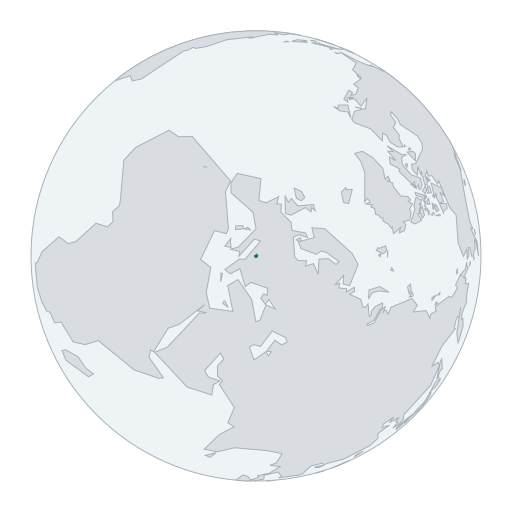 Tuzla on an orthographic globe, rotated 88°
{"feature_id": "BIH-2887", "entity_name": "Tuzla", "entity_type": "Canton", "adm_level": 1, "iso_a3": "BIH", "parent_name": "Bosnia and Herzegovina", "parent_adm1": "", "projection": "orthographic", "projection_center": [18.577, 44.534], "detail": "fine", "context": "on_globe", "style": "filled", "palette": "green", "viewbox_px": 512, "rotation_deg": 88, "n_neighbors": 0, "source": "natural_earth", "source_scale": "10m", "svg_char_len": 11136}
<svg xmlns="http://www.w3.org/2000/svg" viewBox="0 0 512 512"><g transform="rotate(88 256 256)"><circle cx="256" cy="256" r="225" fill="#eef3f6" stroke="#a8b0b8"/><path d="M147.1,58.8L152.6,55.9L166.2,51.9L159.8,54.6L163.8,53.8L172.0,50.6L176.5,48.8L201.4,45.5L228.9,41.2L236.5,38.3L235.7,40.6L249.4,34.6L263.7,33.6L248.2,35.9L247.1,37.1L257.1,36.7L258.2,37.9L263.6,38.6L263.9,40.3L254.9,42.1L254.9,43.4L262.0,43.1L266.8,45.0L256.4,45.2L263.7,48.7L249.9,53.5L221.8,54.6L214.7,60.5L187.2,70.8L190.3,72.0L181.8,77.4L182.2,81.0L177.0,82.4L181.8,84.1L186.5,82.2L190.2,82.5L190.8,84.6L184.3,86.5L183.0,85.8L181.5,87.5L177.9,87.6L180.0,88.7L172.0,91.2L180.8,92.0L175.2,96.6L169.7,97.4L169.2,93.1L155.0,85.9L149.2,86.2L141.6,90.6L129.6,107.2L123.6,109.7L116.4,116.2L120.1,116.5L127.1,111.6L132.3,114.3L140.2,108.5L143.5,109.0L152.1,105.2L151.9,110.5L147.0,117.9L139.9,121.4L137.6,125.0L145.3,125.8L132.9,137.0L126.3,152.8L122.9,155.5L114.8,152.5L112.4,141.4L101.8,139.5L109.8,145.8L101.3,153.2L100.4,156.8L101.5,159.6L105.2,158.9L102.5,162.8L93.6,157.5L95.9,153.9L98.7,155.4L97.5,150.5L91.5,147.9L87.7,152.3L82.6,145.1L79.8,148.4L77.2,149.0L81.9,144.1L73.2,153.0L66.7,149.0L54.7,165.4L65.2,146.7L68.3,139.5L70.9,132.7L68.9,135.2L75.1,124.1L76.1,120.8L71.8,126.3L82.1,112.8L93.4,100.1L105.6,88.3L118.7,77.4L132.5,67.6L147.1,58.8ZM55.8,152.7L57.0,150.8L54.2,157.4L50.0,164.9L55.8,152.7ZM47.7,170.2L43.4,182.0L40.8,189.2L47.7,170.2ZM36.6,204.7L36.1,207.1L34.3,217.1L35.3,215.7L36.0,220.5L33.5,229.9L35.8,226.2L34.9,235.3L37.7,251.9L36.9,252.7L38.9,278.0L45.0,298.4L46.4,308.9L45.3,311.3L48.3,317.9L48.4,320.8L64.0,346.4L75.0,364.2L76.7,373.5L71.4,375.5L75.9,390.3L70.9,384.4L61.7,369.9L53.5,354.8L46.6,339.1L40.9,322.9L36.4,306.3L33.2,289.4L31.3,272.4L30.7,255.2L31.4,238.1L33.5,221.0L34.6,214.4L35.7,209.0L36.6,204.7ZM51.5,169.8L44.9,193.2L45.4,185.1L45.9,185.4L48.2,178.2L51.5,167.9L52.8,161.8L51.5,169.8ZM55.8,168.4L56.6,165.1L56.3,167.7L55.8,168.4ZM178.3,47.9L172.1,50.5L164.3,53.1L169.3,50.7L178.3,47.9ZM193.2,44.2L190.6,45.4L186.4,45.5L189.2,44.7L193.2,44.2ZM241.8,36.2L236.5,36.9L241.2,35.9L241.8,36.2ZM264.3,38.4L265.4,38.0L267.8,38.6L264.3,38.4ZM151.6,102.7L151.8,103.9L150.1,103.9L151.6,102.7ZM155.1,100.0L153.0,99.1L154.3,97.7L155.6,98.3L155.1,100.0ZM270.4,41.9L273.8,43.3L268.8,42.1L270.4,41.9ZM157.4,101.4L157.0,95.4L159.4,93.1L166.4,93.4L157.4,101.4ZM274.8,44.3L283.1,48.1L286.4,47.1L281.8,52.4L276.2,47.1L269.5,45.7L274.0,45.5L274.8,44.3ZM187.7,80.8L182.7,82.9L186.3,79.3L187.7,80.8ZM189.1,78.4L194.6,67.9L202.3,66.2L198.9,69.9L208.3,66.5L209.3,70.8L204.3,73.6L199.2,73.8L203.5,75.4L189.1,78.4ZM277.9,54.9L278.6,56.2L276.1,55.2L277.9,54.9ZM191.9,82.3L192.4,80.2L199.0,78.5L199.4,82.5L197.1,81.7L191.9,82.3ZM210.3,63.7L215.3,63.4L217.5,66.7L219.7,67.0L210.0,70.8L210.3,63.7ZM195.9,83.2L199.3,84.6L196.8,87.4L191.9,84.3L195.9,83.2ZM200.6,76.5L203.8,75.9L202.1,77.5L200.6,76.5ZM189.7,98.6L190.1,95.8L193.6,94.6L189.7,98.6ZM200.8,85.0L201.7,84.0L203.1,83.3L204.8,84.9L200.8,85.0ZM212.2,73.0L212.0,74.6L216.3,71.6L218.1,74.2L211.3,76.3L215.0,76.5L215.5,77.4L209.3,78.2L212.2,73.0ZM210.8,84.4L202.7,88.5L201.2,93.8L198.0,94.9L201.0,86.2L210.8,84.4ZM210.5,80.7L209.9,83.2L206.3,83.1L204.4,81.4L210.5,80.7ZM221.8,75.3L220.8,70.7L222.3,70.5L221.8,75.3ZM211.0,85.9L213.0,84.9L211.4,86.3L211.0,85.9ZM219.3,78.5L218.7,76.8L220.5,76.6L219.3,78.5ZM217.3,84.5L214.7,85.7L213.3,84.5L217.3,84.5ZM218.8,81.7L221.4,81.8L214.4,83.3L218.3,81.0L218.8,81.7ZM221.0,78.5L221.9,77.8L221.0,79.3L221.0,78.5ZM224.0,88.7L215.6,90.9L212.6,88.1L221.2,86.2L224.0,88.7ZM143.2,372.3L127.3,338.5L134.0,329.5L134.5,315.4L180.2,278.8L190.8,284.3L227.8,282.6L232.6,284.9L229.2,296.7L257.7,311.5L265.8,301.5L290.7,307.0L306.6,304.1L310.6,281.0L284.5,285.3L279.0,274.8L299.1,261.9L321.8,258.4L320.4,254.3L305.3,247.7L309.7,238.5L299.9,244.7L304.5,248.4L298.5,252.7L294.0,249.6L295.7,246.3L288.6,245.5L282.2,262.2L286.2,267.8L268.1,272.5L273.0,282.4L268.4,287.5L258.5,272.8L258.8,267.0L241.1,250.8L239.1,257.1L255.7,273.1L250.9,272.0L248.3,281.6L246.5,273.4L228.9,255.0L212.1,257.5L192.1,278.6L182.0,278.6L172.8,271.8L178.8,248.4L200.7,251.2L203.1,243.7L197.5,231.3L204.6,233.4L205.0,228.9L213.2,229.5L223.6,219.7L231.7,219.2L234.7,205.6L239.3,203.8L236.2,212.2L238.4,218.1L258.5,217.3L262.0,214.2L262.4,205.7L267.8,206.9L265.6,198.7L276.6,194.5L261.3,193.1L261.2,183.8L267.3,176.3L264.5,173.3L254.7,185.6L253.3,190.8L256.4,195.6L250.1,210.7L243.4,213.2L239.6,197.1L229.8,199.2L231.1,186.4L256.8,159.8L268.1,154.2L289.0,163.6L287.0,169.8L278.5,169.2L287.4,177.9L286.2,173.2L290.8,174.5L291.9,166.6L295.2,167.1L290.6,158.9L294.8,158.7L297.6,163.9L302.8,152.8L311.1,150.7L310.7,148.0L307.9,145.7L320.3,145.0L319.5,143.0L315.1,142.5L310.5,138.4L307.3,131.2L311.8,131.3L313.6,133.9L324.0,140.0L328.0,147.4L329.5,146.8L327.1,140.4L314.4,132.9L311.2,128.6L317.6,131.2L315.0,129.9L314.8,127.8L318.8,126.0L312.0,122.8L303.9,101.6L310.8,96.5L317.4,100.9L316.5,87.9L324.4,84.3L320.3,83.6L317.1,77.7L314.6,78.6L312.4,77.9L303.0,64.4L304.3,61.7L295.7,56.2L293.6,56.0L292.2,57.6L281.8,52.4L286.4,47.1L290.9,47.7L290.7,44.5L301.0,46.6L309.5,47.3L320.9,52.2L326.6,52.7L325.9,51.4L333.1,51.5L350.4,57.1L339.7,58.0L314.2,53.2L324.9,55.3L323.4,56.7L327.9,58.7L335.3,60.4L335.6,59.4L352.5,73.3L372.4,84.1L368.6,77.7L372.0,76.6L391.3,85.9L419.8,113.8L424.6,114.7L428.7,118.4L432.9,125.2L427.1,120.0L426.3,122.3L422.3,118.6L427.2,128.6L421.8,123.8L428.2,134.4L431.9,135.9L429.7,128.5L437.6,140.3L442.5,140.6L449.3,148.5L462.0,175.3L465.6,191.7L467.1,195.4L465.3,196.7L467.8,208.7L475.1,216.7L476.6,221.8L478.4,241.3L477.5,237.8L472.7,241.4L475.4,255.6L479.2,255.9L480.6,264.4L479.3,268.0L477.4,261.1L475.6,262.0L473.6,250.5L467.3,239.1L465.7,249.4L463.4,242.8L454.5,236.8L450.9,251.3L446.9,283.9L450.3,301.8L447.2,314.4L433.3,299.0L425.9,283.9L421.6,289.9L406.7,282.9L383.2,297.1L379.2,293.7L374.9,298.6L364.3,298.2L357.9,291.8L351.8,295.0L368.7,311.4L375.2,307.9L379.6,296.5L383.2,303.2L393.4,305.0L384.6,329.4L348.6,360.7L344.0,347.8L311.0,314.5L311.4,309.4L311.2,308.9L310.7,308.0L308.8,316.4L302.8,309.1L321.5,334.9L325.2,346.4L348.1,361.7L346.2,364.5L353.3,366.5L374.5,352.8L374.9,357.4L365.5,381.8L335.1,416.5L338.6,430.0L335.4,441.8L315.2,453.1L315.7,459.6L305.1,463.8L303.6,467.2L294.4,471.6L279.4,475.7L255.4,476.9L254.8,474.8L244.2,469.6L229.9,452.3L237.0,443.4L235.3,435.5L217.7,414.8L221.7,403.3L216.7,397.7L206.7,397.8L200.9,390.7L194.7,389.5L155.6,384.7L143.2,372.3ZM165.6,301.6L164.7,305.8L165.6,301.6ZM346.9,265.8L359.8,261.6L352.1,249.5L356.4,247.1L352.2,244.1L351.5,248.7L340.9,240.0L345.7,233.6L343.2,227.9L338.7,229.1L331.6,242.4L346.6,254.7L344.5,261.7L346.9,265.8ZM37.9,252.3L37.9,256.1L37.2,253.5L37.9,252.3ZM43.8,187.4L43.2,191.0L42.4,194.2L42.5,192.0L43.8,187.4ZM43.0,216.3L43.1,221.0L42.3,217.6L43.0,216.3ZM44.3,196.7L42.8,212.9L41.3,207.5L42.5,197.5L42.6,202.2L44.3,196.7ZM52.6,171.7L51.9,174.5L51.0,175.4L52.6,171.7ZM55.5,170.4L55.5,169.7L56.6,167.4L55.5,170.4ZM101.9,153.5L102.5,154.1L102.9,157.4L101.2,156.9L101.9,153.5ZM113.8,167.4L109.2,173.4L111.3,168.5L108.0,168.6L108.3,158.9L121.3,156.4L115.3,159.1L113.8,167.4ZM112.2,145.9L110.6,151.9L111.9,145.5L112.2,145.9ZM199.2,205.3L202.4,208.7L199.7,213.6L189.4,215.5L193.1,208.3L199.2,205.3ZM207.4,212.5L206.5,196.7L212.9,195.3L209.5,198.7L213.8,199.4L209.4,205.1L216.4,219.7L214.5,225.1L196.5,224.9L203.4,221.8L199.9,218.5L207.4,212.5ZM193.0,163.2L192.7,157.5L206.9,161.7L205.5,166.6L195.2,168.4L190.7,163.8L193.0,163.2ZM169.8,103.7L168.7,102.1L170.6,101.4L172.9,102.2L169.8,103.7ZM189.6,97.4L176.2,110.3L174.3,109.0L168.7,118.7L161.6,119.2L165.5,112.8L155.8,120.7L156.5,115.2L150.4,121.1L159.8,106.8L160.0,102.5L162.5,107.0L169.0,106.6L171.9,105.1L180.2,97.9L183.9,89.0L190.9,87.5L194.9,88.9L195.1,90.8L190.5,91.1L194.1,93.5L187.5,95.3L189.6,97.4ZM237.9,112.2L232.4,110.5L238.5,117.8L232.0,118.8L233.1,119.6L228.8,122.7L225.4,127.9L222.3,127.7L222.4,129.9L219.5,132.1L218.5,135.1L212.6,135.8L210.9,139.7L209.0,137.8L207.7,144.4L206.1,139.9L202.2,142.7L205.8,145.5L176.3,144.3L165.2,148.0L156.9,153.8L155.1,146.0L161.8,135.9L172.7,126.3L183.6,124.2L180.8,121.3L185.3,119.6L185.6,122.6L187.7,116.9L191.4,116.4L201.1,109.3L201.8,102.1L205.4,99.5L206.9,102.1L209.4,97.8L214.7,101.0L217.4,99.4L225.4,101.2L226.9,107.5L229.7,105.2L235.9,106.8L237.9,112.2ZM226.2,89.3L229.5,96.1L227.5,100.1L214.5,95.4L211.3,96.4L202.9,94.1L205.9,88.4L208.0,89.5L210.8,89.4L208.7,91.2L212.5,89.6L215.5,91.3L219.2,90.6L219.3,92.9L226.2,89.3ZM237.5,280.5L241.0,281.1L246.6,280.6L245.0,286.8L237.5,280.5ZM225.2,268.1L228.4,267.5L229.0,275.6L225.2,275.1L225.2,268.1ZM229.7,260.5L228.5,266.8L227.0,263.2L229.7,260.5ZM239.1,211.3L242.4,210.3L242.9,212.2L241.3,215.3L239.1,211.3ZM254.7,135.7L251.9,133.7L252.7,132.6L250.3,126.1L254.9,125.1L258.2,128.6L254.7,135.7ZM306.4,285.7L302.1,290.9L299.6,289.2L301.6,287.8L306.4,285.7ZM272.3,290.1L280.4,292.2L271.8,291.7L272.3,290.1ZM259.3,133.5L257.8,130.9L261.1,132.1L259.3,133.5ZM258.2,124.1L262.0,124.8L255.2,124.3L258.2,124.1ZM370.9,427.6L353.5,449.6L343.8,453.1L343.2,449.4L350.4,437.4L362.1,430.0L368.2,422.5L370.9,427.6ZM479.8,281.4L479.2,283.6L474.3,276.8L476.1,271.6L480.5,268.8L480.4,272.1L480.7,271.5L479.8,281.4ZM481.3,253.8L481.1,247.4L481.0,245.4L481.3,253.8ZM451.2,302.7L455.6,309.0L453.4,313.6L451.2,302.7ZM475.2,203.9L472.8,195.0L473.1,195.7L475.2,203.9ZM470.8,188.0L470.5,187.3L469.8,185.2L470.5,187.3L470.8,188.0ZM469.3,200.0L469.6,204.8L468.5,202.6L467.4,195.1L469.3,200.0ZM454.5,155.4L458.7,162.0L460.2,165.0L458.3,162.9L454.5,155.4ZM296.8,124.4L295.1,134.2L296.9,141.2L302.8,145.0L293.8,144.2L290.9,133.3L296.8,124.4ZM302.5,104.2L297.4,101.5L300.0,100.2L301.6,100.7L302.5,104.2ZM299.1,104.3L292.1,105.6L289.4,102.5L295.5,102.1L299.1,104.3ZM275.8,119.0L275.0,121.8L272.3,120.7L275.8,119.0ZM469.2,183.2L469.9,185.5L464.9,173.5L463.6,169.7L468.0,180.0L468.0,179.9L469.2,183.2ZM428.6,114.2L426.0,112.1L423.5,108.4L426.0,110.9L428.6,114.2ZM412.8,95.7L422.0,106.8L428.9,116.5L429.1,115.6L434.8,122.3L432.0,120.9L423.6,110.5L419.2,104.1L414.0,99.4L408.0,93.0L402.2,89.2L398.1,85.6L401.9,87.3L412.8,95.7ZM399.9,87.9L387.7,80.5L385.0,76.1L387.1,76.8L393.8,81.9L394.8,83.8L399.9,87.9ZM384.0,77.5L384.8,79.5L368.8,75.7L364.7,73.9L375.5,73.8L376.9,75.7L381.3,77.7L384.0,77.5ZM280.8,55.9L278.8,56.2L279.6,55.1L280.8,55.9ZM311.1,78.6L308.2,77.5L309.3,76.1L311.1,78.6ZM300.9,73.7L301.7,76.1L299.0,73.5L300.9,73.7ZM303.9,81.7L301.1,77.0L306.4,81.6L303.9,81.7Z" fill="#d9dde1" stroke="#a8b0b8" stroke-width="1"/><path d="M255.2,255.8L255.3,255.8L255.5,255.8L255.5,255.7L255.4,255.5L255.1,255.4L254.9,255.3L254.7,255.2L254.9,255.0L255.1,255.0L255.2,254.9L255.3,254.8L255.3,254.7L255.5,254.5L255.8,254.5L256.0,254.6L256.4,254.7L256.5,254.8L256.5,255.1L256.6,255.3L256.4,255.5L256.5,255.6L256.7,255.9L256.8,256.0L256.9,255.9L257.0,255.8L257.0,255.7L257.3,255.7L257.3,255.9L257.3,256.2L257.2,256.2L257.2,256.3L256.9,256.4L256.7,256.5L256.5,256.8L256.5,257.0L256.6,257.3L256.5,257.5L256.5,257.4L256.3,257.4L256.1,257.4L255.9,257.3L255.9,257.2L255.8,256.9L255.7,256.8L255.5,256.7L255.4,256.5L255.2,256.4L255.2,256.2L255.2,255.9L255.2,255.8Z" fill="#22c55e" stroke="#15803d" stroke-width="1.5"/></g></svg>